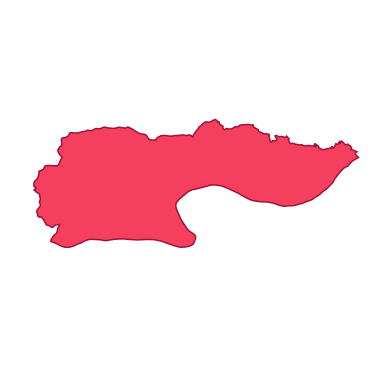 Song Lo, Vĩnh Phúc, Vietnam, rotated 281°
{"feature_id": "81297802B72352297629850", "entity_name": "Song Lo", "entity_type": "district", "adm_level": 2, "iso_a3": "VNM", "parent_name": "Vietnam", "parent_adm1": "Vĩnh Phúc", "projection": "equal_earth", "projection_center": [105.409, 21.426], "detail": "fine", "context": "isolated", "style": "filled", "palette": "rose", "viewbox_px": 384, "rotation_deg": 281, "n_neighbors": 0, "source": "geoboundaries", "source_scale": "gbopen_adm2", "svg_char_len": 5991}
<svg xmlns="http://www.w3.org/2000/svg" viewBox="0 0 384 384"><g transform="rotate(281 192 192)"><path d="M232.9,77.9L231.4,75.7L230.2,73.2L229.8,71.8L228.2,68.6L227.5,65.6L227.3,62.9L227.0,61.3L226.8,60.9L226.4,60.6L225.7,60.5L223.6,59.8L223.0,59.5L222.6,59.1L221.7,58.0L221.4,57.3L220.7,55.0L219.5,53.9L218.2,53.7L217.7,53.8L215.9,54.8L215.6,54.9L215.1,54.8L213.5,55.0L212.7,55.3L212.5,55.2L211.4,53.9L210.7,53.4L208.1,52.4L207.5,52.3L206.9,52.4L206.3,52.7L204.2,54.2L202.4,56.3L201.6,57.6L201.2,57.7L200.6,57.6L197.8,56.7L195.2,56.4L193.9,56.0L192.7,55.5L192.2,55.0L191.7,53.2L191.5,51.5L191.2,50.7L191.0,47.8L190.8,47.0L190.6,45.8L190.2,44.4L189.5,42.9L189.1,42.6L186.3,41.9L185.1,41.0L183.8,38.5L183.1,37.9L182.6,37.9L181.4,38.2L178.9,38.3L176.8,37.9L175.6,37.5L174.7,37.0L172.7,35.6L172.0,35.3L169.9,35.1L168.6,35.8L167.8,35.5L167.3,36.0L167.0,36.8L167.0,37.6L166.8,37.7L166.1,37.7L165.4,38.3L165.0,38.0L164.8,37.1L164.0,36.6L163.6,36.6L163.5,36.8L163.9,37.3L163.9,37.5L162.7,38.3L162.3,39.1L161.4,41.5L160.6,42.7L160.1,43.1L158.6,43.3L157.5,44.1L155.5,44.5L154.6,44.5L153.9,44.2L152.6,44.2L151.1,45.4L149.7,45.7L148.9,45.6L148.1,45.3L146.9,44.5L144.6,43.4L144.1,43.3L142.1,43.6L141.0,44.8L140.3,45.0L139.6,44.8L139.2,44.9L138.9,45.2L138.3,46.6L138.1,47.6L139.1,48.7L135.7,52.3L132.0,55.2L131.5,58.8L131.0,59.9L130.6,60.5L130.7,61.4L130.9,62.1L131.2,62.5L132.9,63.6L133.6,64.5L134.2,66.1L134.9,68.3L134.1,68.3L132.9,67.7L132.0,67.5L130.8,67.1L127.8,67.2L126.0,67.1L125.4,66.8L123.5,65.0L121.7,64.0L117.6,62.6L116.4,63.0L116.0,66.6L114.3,72.7L113.9,74.3L113.7,75.7L113.6,77.9L113.7,79.3L114.1,80.8L114.6,82.5L115.3,84.1L117.0,87.0L119.1,89.8L121.4,93.6L123.0,95.3L124.7,98.0L125.9,100.4L126.3,101.8L126.9,105.9L127.5,110.4L127.7,113.3L127.6,115.0L127.7,116.2L128.0,117.5L129.4,120.9L131.0,125.7L132.4,131.2L132.9,134.0L133.3,137.6L133.3,138.1L133.6,140.6L134.4,146.4L134.8,148.6L136.3,154.9L136.7,156.1L137.9,163.2L138.0,164.9L137.9,171.2L136.8,178.4L136.4,181.5L135.9,184.9L135.6,189.0L135.6,191.3L135.8,192.7L136.3,193.7L136.5,195.2L137.9,198.8L138.7,200.3L139.5,201.4L140.6,202.8L143.2,203.7L147.1,204.4L148.4,204.2L149.8,203.6L150.5,202.6L151.3,201.2L153.0,197.0L154.0,195.4L155.5,193.7L161.7,187.6L164.1,185.6L168.4,182.8L170.1,181.4L174.3,179.0L176.6,178.6L178.5,178.7L180.2,179.6L182.0,180.5L187.4,184.7L191.8,188.4L194.1,191.5L195.0,193.5L195.4,194.7L200.8,206.1L202.1,208.4L202.6,210.0L203.4,213.3L203.6,218.8L203.5,220.8L202.4,226.5L199.6,237.9L198.0,241.9L197.0,245.5L196.2,248.0L195.5,251.1L195.2,253.5L195.4,259.2L195.6,261.7L196.2,265.5L196.5,266.8L196.6,271.0L196.5,274.7L195.8,278.7L195.5,282.6L195.5,284.3L195.7,285.6L196.9,289.5L198.0,294.4L198.7,296.1L200.0,298.4L200.5,299.2L201.3,301.4L204.8,306.8L206.7,310.1L207.8,311.7L209.4,313.1L212.5,316.5L214.0,317.9L218.3,321.1L220.8,323.6L227.0,327.7L229.1,328.9L230.3,329.0L232.1,329.6L236.5,331.8L240.6,334.0L243.0,335.5L244.6,336.8L245.7,338.0L247.4,340.3L250.0,341.6L253.3,343.8L257.7,348.9L259.2,346.5L260.1,345.6L261.2,345.1L261.7,345.1L262.2,345.3L263.0,346.2L263.8,342.9L263.9,341.2L264.2,340.7L264.2,340.1L264.8,340.3L265.8,340.3L267.3,338.7L267.6,338.1L268.1,336.7L268.4,336.2L268.7,336.0L268.2,334.6L267.7,334.1L267.5,333.6L268.5,332.3L270.4,329.4L269.2,328.4L267.9,328.1L268.1,327.4L269.9,328.2L270.1,327.5L268.3,326.5L266.5,326.1L266.8,323.9L265.3,323.8L263.7,323.0L262.8,323.1L261.9,321.8L263.0,321.2L263.3,320.9L263.2,320.5L262.6,320.1L261.7,320.2L261.5,319.5L260.7,317.1L259.1,314.3L258.7,312.9L258.6,312.2L259.0,310.1L259.5,308.0L260.5,307.9L261.2,307.0L261.8,306.1L262.1,304.8L262.4,304.4L262.9,303.9L262.9,303.7L262.8,303.4L261.5,303.0L261.4,303.1L261.6,303.9L261.6,304.6L261.3,305.0L260.9,305.2L260.3,305.0L260.0,304.5L260.5,303.3L260.4,302.5L260.0,300.5L260.0,298.4L259.7,296.5L259.6,295.9L259.0,295.1L258.8,293.9L259.2,290.6L259.2,289.5L258.6,288.4L258.5,287.7L258.8,287.0L258.7,285.6L258.8,282.2L259.1,281.7L259.0,281.0L258.4,280.4L258.3,279.8L258.6,279.0L259.1,278.5L259.8,277.9L261.2,277.2L261.6,276.8L262.0,276.8L263.0,277.0L264.2,275.0L264.9,274.3L264.4,274.2L263.9,273.8L263.6,273.1L263.5,271.3L263.6,270.2L263.6,269.1L262.9,267.8L262.8,267.4L262.8,266.6L263.4,264.8L263.6,263.8L263.4,263.4L263.2,263.0L262.7,262.8L261.8,263.5L260.2,265.1L259.5,265.3L258.9,265.0L258.3,264.3L258.1,263.9L257.9,261.5L257.6,261.2L256.8,261.1L255.9,260.2L256.1,259.6L256.5,259.3L257.3,259.1L259.6,257.8L260.9,257.2L261.6,256.7L262.3,256.8L262.7,257.2L263.0,257.0L263.3,256.3L263.4,255.0L263.4,254.4L263.0,253.4L262.9,252.6L262.9,251.3L263.7,248.5L263.9,246.1L264.9,245.6L265.8,245.2L267.0,241.4L267.5,240.1L267.9,239.7L268.7,239.7L269.4,239.2L269.6,238.8L269.5,238.5L268.9,237.8L269.2,235.3L269.0,234.0L268.6,232.8L267.6,228.8L266.7,226.2L266.1,225.7L265.4,225.7L264.7,223.9L264.3,223.2L264.3,222.4L264.2,221.6L261.6,219.2L261.4,218.8L261.2,217.4L260.8,215.8L260.9,213.4L259.3,212.5L259.3,212.2L259.6,211.2L260.2,210.2L260.5,210.0L262.2,210.0L262.5,209.8L263.1,208.6L263.3,207.3L263.2,207.0L266.1,204.9L265.5,204.6L265.3,204.3L265.4,203.9L266.9,202.8L267.4,201.8L267.6,200.9L267.3,200.8L266.6,199.2L266.0,198.4L264.8,197.5L264.4,197.0L263.7,194.9L263.6,194.1L263.6,193.2L263.5,191.9L261.5,190.0L259.9,188.8L258.9,188.3L257.2,186.5L256.4,186.2L255.3,186.1L253.4,184.8L251.6,183.9L248.9,182.7L248.0,182.5L246.4,182.5L246.2,182.3L246.3,182.0L247.1,180.9L247.4,179.5L247.3,177.4L246.2,175.6L246.5,172.7L246.4,172.4L245.6,170.1L244.0,164.1L242.9,161.3L242.5,157.8L242.4,155.3L242.2,153.7L241.7,151.9L241.1,150.5L239.1,148.0L238.1,147.1L236.8,146.6L236.1,146.6L235.6,144.0L235.3,142.1L235.3,140.4L235.7,139.7L236.6,138.7L239.0,136.3L239.2,135.8L239.6,133.6L239.3,132.2L239.3,131.0L239.5,128.9L239.9,127.3L242.5,121.2L242.8,119.6L243.6,116.7L242.3,114.9L242.0,114.0L241.7,108.6L241.5,107.5L239.9,104.5L239.4,102.3L238.9,97.9L239.0,96.0L239.0,93.6L238.6,92.7L236.6,89.7L236.3,89.2L236.2,88.4L236.1,86.6L235.9,85.3L233.3,82.0L232.8,81.0L232.7,79.6L232.9,77.9Z" fill="#f43f5e" stroke="#9f1239" stroke-width="1.5"/></g></svg>